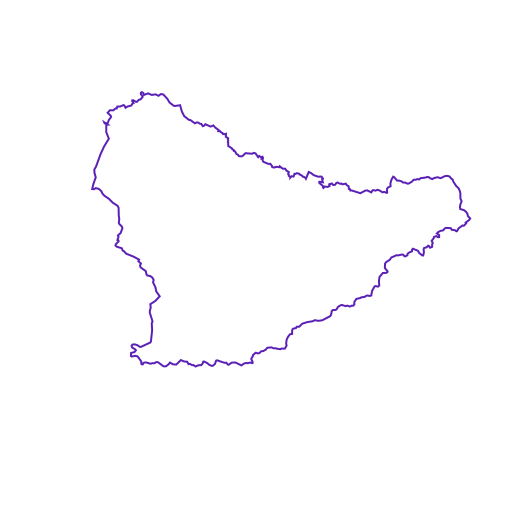 outline of Gile, Zambezia, Mozambique, rotated 110°
{"feature_id": "85939544B5310870224650", "entity_name": "Gile", "entity_type": "district", "adm_level": 2, "iso_a3": "MOZ", "parent_name": "Mozambique", "parent_adm1": "Zambezia", "projection": "natural_earth1", "projection_center": [38.293, -15.881], "detail": "fine", "context": "isolated", "style": "outline", "palette": "violet", "viewbox_px": 512, "rotation_deg": 110, "n_neighbors": 0, "source": "geoboundaries", "source_scale": "gbopen_adm2", "svg_char_len": 6102}
<svg xmlns="http://www.w3.org/2000/svg" viewBox="0 0 512 512"><g transform="rotate(110 256 256)"><path d="M140.3,378.9L142.9,383.8L142.9,385.0L141.3,389.8L138.6,393.1L135.9,398.4L136.4,400.8L138.8,402.4L138.5,405.8L140.3,409.0L140.1,413.0L142.9,416.3L141.4,417.6L141.1,419.4L142.0,420.0L143.2,419.6L144.9,417.1L145.6,417.0L148.2,418.0L149.3,419.5L151.9,420.7L152.2,421.6L151.6,424.8L152.0,425.5L152.7,425.4L154.3,423.4L155.1,424.2L157.3,424.7L159.5,427.9L161.3,429.3L159.6,431.2L159.5,432.1L161.9,434.7L163.1,437.5L165.0,437.3L165.4,438.5L167.9,439.9L169.0,443.1L172.2,444.4L173.9,440.5L174.9,439.7L178.5,440.8L181.9,440.8L182.7,442.9L182.3,444.3L183.1,443.6L183.4,440.5L183.8,441.3L184.7,441.3L190.8,439.1L196.1,434.4L205.0,436.2L213.3,436.9L226.7,436.9L230.0,437.5L232.8,436.4L236.9,433.5L244.2,433.4L249.1,432.8L248.6,431.0L247.0,429.8L246.7,426.5L248.1,423.3L249.6,422.0L251.2,419.2L252.6,413.7L254.9,408.8L256.2,403.2L257.7,401.6L264.9,398.8L268.1,397.1L271.7,396.3L272.7,395.3L274.3,392.0L275.6,391.0L280.8,391.1L284.0,392.8L285.1,391.7L288.4,391.7L288.4,390.6L289.2,390.1L293.0,391.8L294.2,391.6L294.9,389.9L294.6,384.8L296.5,383.1L296.6,381.9L298.2,378.8L298.5,370.6L299.4,364.6L301.1,364.8L302.4,361.6L304.7,361.7L306.2,360.5L307.9,354.4L310.8,352.6L311.5,351.4L311.0,348.5L311.8,345.9L313.5,344.0L316.0,343.7L319.8,339.8L323.4,337.6L326.8,332.7L332.8,335.3L337.4,338.8L340.5,337.3L344.0,337.0L345.6,336.4L352.8,330.9L355.0,330.9L361.3,328.2L372.3,325.5L373.4,325.7L380.8,333.1L381.1,334.1L380.4,336.9L380.5,339.7L381.4,341.7L382.9,342.2L384.3,341.2L385.1,337.4L385.7,336.6L387.9,337.4L389.8,340.2L392.8,339.3L393.0,338.5L391.1,335.3L390.8,333.0L394.3,327.8L396.5,326.9L396.9,326.0L396.6,325.4L394.9,325.1L394.3,324.4L393.6,322.8L393.3,318.2L392.2,316.8L391.4,314.6L390.1,313.8L389.4,312.4L389.5,311.1L391.1,306.1L391.2,304.9L390.5,302.9L387.5,301.0L385.6,300.4L386.2,297.0L385.3,293.8L379.5,291.0L379.7,287.5L378.9,284.5L380.7,282.5L380.0,281.2L380.4,278.7L379.9,277.5L380.5,275.0L378.4,272.8L377.3,270.2L375.5,269.4L373.3,269.4L372.9,268.8L373.3,265.1L374.2,262.9L374.4,260.4L374.0,259.1L371.3,257.6L368.0,257.7L367.3,256.8L367.2,250.3L367.0,248.5L366.4,247.4L367.6,245.5L367.6,244.6L364.4,242.2L363.1,238.8L363.8,232.3L361.3,230.6L359.9,228.8L359.6,227.2L358.2,225.2L357.9,222.7L356.8,222.8L354.6,225.1L353.5,225.3L351.6,224.7L350.0,224.9L347.0,223.2L346.9,221.0L346.2,219.7L343.7,218.5L342.9,216.7L340.4,214.6L339.3,214.5L338.3,213.8L336.6,210.3L336.7,207.7L335.9,205.7L336.0,204.8L335.2,201.1L334.4,200.6L333.1,197.2L329.8,196.6L328.0,197.7L324.2,198.6L320.6,198.2L317.8,197.2L316.9,195.4L313.5,196.6L312.2,196.6L311.4,196.0L310.1,193.8L308.6,193.6L307.6,191.1L303.9,189.5L300.7,185.4L297.9,180.4L296.2,178.8L295.6,175.2L293.7,171.7L287.0,165.6L285.2,165.4L281.7,166.0L280.3,165.0L279.8,163.3L278.7,162.1L275.7,161.5L273.3,159.6L272.6,158.4L272.5,154.8L271.4,153.2L271.4,150.5L269.9,149.0L269.5,147.7L268.0,147.0L265.6,147.9L262.0,147.0L259.8,143.6L258.8,142.9L257.4,140.1L255.6,138.7L254.9,137.5L254.8,135.8L253.7,134.2L249.0,135.0L244.1,134.2L243.3,133.3L243.1,130.9L241.6,130.1L237.8,131.8L233.5,132.8L228.6,131.0L227.3,127.8L226.2,127.0L225.4,127.1L223.2,130.8L219.1,132.1L217.4,131.7L213.8,129.0L211.1,128.3L207.2,124.2L206.8,122.6L204.6,119.2L204.5,117.9L205.4,116.5L205.4,115.8L203.6,114.0L202.3,114.3L201.0,113.8L198.1,111.0L196.6,111.5L195.5,111.1L195.7,105.6L197.5,103.4L198.6,99.8L198.3,99.1L195.4,99.4L192.2,100.8L191.0,100.8L189.4,98.6L187.5,97.8L187.4,97.1L188.7,95.3L187.1,93.6L184.7,94.5L183.4,94.3L181.6,96.1L178.6,95.1L177.3,95.3L175.6,93.4L176.1,91.4L175.6,90.4L173.6,91.1L173.0,93.7L171.2,93.0L169.3,91.2L167.8,88.8L165.8,88.2L164.7,87.3L163.2,82.5L164.4,81.1L163.7,77.9L164.3,76.2L163.9,75.6L160.7,75.1L156.7,72.4L156.6,71.3L155.9,70.7L153.3,69.7L152.8,70.4L149.3,68.0L147.4,67.6L146.1,70.4L143.8,72.0L142.5,74.0L141.8,76.3L142.0,80.1L140.3,81.1L137.9,81.6L134.2,81.5L132.2,83.5L127.0,85.5L125.0,86.9L123.1,88.7L121.7,91.9L118.7,95.9L116.8,97.5L116.5,99.1L115.1,101.3L115.2,103.4L116.3,105.8L119.7,109.1L119.9,112.4L121.8,115.3L123.4,116.6L123.4,118.9L122.8,120.7L123.3,122.3L124.3,123.5L126.6,128.0L128.3,128.9L128.6,130.8L129.6,131.8L130.4,133.9L132.9,135.0L135.7,137.3L136.2,138.4L136.0,141.2L136.7,142.9L136.1,144.6L136.2,147.4L136.9,149.3L134.6,153.2L134.5,154.2L137.8,154.8L141.5,154.6L144.5,153.4L146.3,155.3L148.2,155.9L151.7,154.4L152.0,154.8L151.9,157.4L152.9,159.0L152.2,162.0L152.2,164.5L153.7,166.0L154.0,168.5L154.9,169.1L156.8,169.4L156.3,174.0L157.3,175.8L161.3,179.4L161.7,188.8L162.2,189.7L161.1,190.5L161.2,191.7L158.9,192.7L158.3,195.1L157.3,196.4L159.1,199.3L158.7,200.6L159.4,201.6L159.1,204.6L160.0,205.5L162.0,206.0L162.9,207.7L161.9,209.6L163.2,210.9L163.3,211.6L164.1,211.6L165.0,210.8L166.5,212.1L167.4,215.9L167.8,215.4L169.0,215.9L168.8,216.4L168.1,216.2L167.4,216.9L165.7,221.5L164.8,221.9L164.4,221.5L163.9,218.4L162.6,219.4L160.6,219.6L160.8,220.3L159.5,220.6L159.0,221.9L160.2,224.6L160.3,229.3L159.3,232.4L159.0,235.2L166.3,235.5L165.7,236.2L165.2,238.3L165.5,239.0L164.7,240.4L164.5,242.9L163.9,243.5L164.2,245.9L165.5,247.0L165.6,247.9L168.5,247.9L168.9,249.9L170.7,250.6L169.9,250.9L169.5,252.6L168.4,253.0L167.9,253.9L165.9,253.8L165.3,256.7L164.0,258.4L164.8,260.8L163.6,264.3L164.5,264.2L165.0,266.6L165.8,268.4L166.5,268.8L166.9,270.3L166.7,271.5L165.7,272.0L164.5,274.1L165.2,275.8L165.0,281.0L164.5,282.0L163.0,282.9L162.9,283.6L162.3,282.9L161.3,283.0L161.2,283.8L160.6,284.0L161.4,285.2L160.9,287.2L162.4,287.8L159.7,291.6L159.9,293.5L161.2,294.5L163.0,301.1L166.3,302.6L167.4,303.8L168.0,306.2L167.1,307.4L166.8,309.3L164.9,311.4L164.9,312.7L164.0,313.2L163.9,314.6L163.0,315.6L162.1,319.7L159.0,320.9L158.6,321.5L157.2,321.5L155.9,322.4L154.9,322.4L154.3,325.1L151.5,326.0L152.3,326.9L152.3,328.2L152.7,328.7L152.0,329.5L151.6,331.6L151.0,332.3L151.6,334.2L150.3,334.4L149.3,338.1L147.9,340.8L149.9,342.9L149.5,348.7L151.1,349.2L152.2,350.4L150.6,352.5L150.9,354.1L150.4,355.7L150.6,357.1L152.2,358.8L150.7,364.2L151.0,365.7L149.1,371.3L145.8,374.9L140.3,378.9Z" fill="none" stroke="#5b21b6" stroke-width="2"/></g></svg>